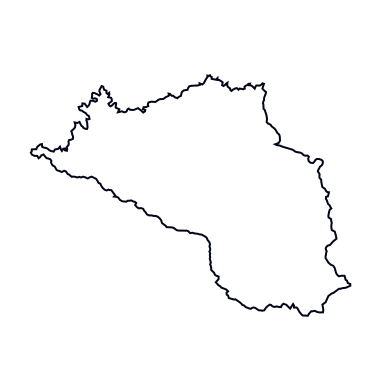 Vila Propício, Goiás, Brazil (Albers equal-area conic projection), rotated 273°
{"feature_id": "56859067B93488983181144", "entity_name": "Vila Propício", "entity_type": "district", "adm_level": 2, "iso_a3": "BRA", "parent_name": "Brazil", "parent_adm1": "Goiás", "projection": "albers", "projection_center": [-48.79, -15.215], "detail": "fine", "context": "isolated", "style": "outline", "palette": "ink", "viewbox_px": 384, "rotation_deg": 273, "n_neighbors": 0, "source": "geoboundaries", "source_scale": "gbopen_adm2", "svg_char_len": 5978}
<svg xmlns="http://www.w3.org/2000/svg" viewBox="0 0 384 384"><g transform="rotate(273 192 192)"><path d="M155.6,168.4L155.6,173.9L155.1,175.7L153.1,178.7L152.8,180.4L153.1,189.1L152.6,190.4L150.8,192.3L151.3,194.6L150.7,197.0L150.7,199.1L150.2,201.2L149.9,204.1L147.9,208.0L147.1,209.0L144.9,210.1L142.6,212.1L140.8,212.7L138.5,212.3L136.9,213.0L135.1,213.2L133.5,212.5L131.6,213.4L130.1,213.1L127.7,213.6L126.4,213.2L122.6,214.5L120.7,213.9L119.0,214.7L116.8,215.2L115.2,215.2L112.4,218.4L110.5,219.2L109.7,220.6L109.0,223.0L106.4,223.1L103.1,220.5L100.2,223.4L99.4,225.1L98.1,226.2L96.4,231.3L94.7,233.2L93.2,231.7L91.4,232.0L90.4,233.5L88.0,234.3L86.8,239.7L87.1,241.0L84.3,245.6L82.9,247.3L81.8,248.2L81.5,249.8L80.0,251.5L78.7,255.1L78.4,256.8L79.4,258.0L79.9,259.6L79.6,261.2L77.3,264.9L77.4,266.7L77.1,268.2L77.6,270.3L80.4,272.0L82.1,273.6L83.6,275.5L83.3,276.9L82.1,278.1L81.5,280.6L82.2,282.6L81.7,284.8L81.7,287.0L83.3,287.4L85.2,289.1L84.3,292.1L80.7,296.1L85.4,298.8L83.9,299.8L82.0,299.9L82.1,302.6L80.9,303.7L78.1,305.4L75.9,307.3L74.5,308.9L74.5,314.2L76.6,315.2L79.2,317.4L79.2,319.0L79.8,320.7L78.7,323.4L78.4,325.9L78.7,329.1L81.4,329.3L86.4,328.1L88.9,331.2L95.2,333.6L97.9,336.7L98.7,338.6L103.1,343.9L103.1,345.3L103.8,347.1L104.5,350.8L106.7,355.0L108.4,354.9L109.3,352.3L111.6,351.4L112.4,350.0L116.3,348.7L116.2,345.7L115.5,343.0L117.3,340.9L119.1,340.0L123.5,338.5L125.7,337.0L126.5,334.7L128.4,332.1L132.8,329.0L134.7,328.7L136.3,329.1L138.0,329.1L139.9,329.6L141.4,328.8L142.9,328.5L144.4,329.2L145.5,330.3L146.4,332.7L149.7,335.2L152.9,338.7L155.3,338.2L159.9,336.7L161.3,333.6L164.5,332.9L166.5,332.9L168.4,333.2L170.2,332.6L172.2,332.3L173.8,329.7L175.3,329.4L179.8,330.0L181.5,330.5L182.9,332.0L184.2,331.0L185.8,330.2L187.3,328.4L190.5,327.2L192.2,326.1L194.2,326.1L194.8,328.0L198.9,328.8L199.0,327.2L199.7,326.1L202.2,324.5L203.8,321.9L208.9,320.6L211.0,320.4L212.9,318.5L216.8,318.4L219.1,316.6L221.0,317.1L224.1,318.6L225.1,319.9L226.5,320.8L228.0,321.1L229.6,321.0L230.9,319.6L231.6,317.1L231.5,314.9L230.5,313.6L228.6,312.5L227.3,311.4L227.4,308.9L228.8,307.0L231.1,306.3L233.4,306.8L234.5,305.3L234.2,303.8L234.3,302.4L234.9,301.3L236.2,299.9L237.0,297.9L237.4,294.1L238.0,292.5L238.8,291.5L239.6,289.9L242.2,279.2L243.0,277.3L243.2,274.5L244.0,272.6L244.8,274.7L245.9,276.3L248.0,277.2L252.3,276.7L254.0,276.0L255.5,274.1L258.6,272.1L259.8,270.9L261.9,267.9L263.1,267.2L264.6,264.0L265.8,262.9L268.7,263.1L272.4,262.4L277.6,260.4L278.9,259.1L283.2,258.7L284.4,258.2L285.8,258.4L287.4,259.1L289.9,259.1L294.1,260.5L295.6,260.7L297.7,258.1L299.0,256.9L303.8,258.2L304.2,256.7L302.8,255.6L301.9,254.3L301.7,250.7L300.5,249.9L298.5,249.2L300.6,246.9L301.5,245.5L301.6,243.7L303.2,244.2L302.9,242.6L301.6,241.6L300.9,240.0L299.7,238.9L298.0,239.3L297.3,237.7L297.8,234.1L296.6,233.1L298.1,231.3L297.7,229.9L296.4,227.6L295.0,226.1L295.9,225.0L297.4,224.6L298.9,222.3L300.5,221.5L303.0,221.7L302.1,220.5L300.7,219.4L299.5,218.0L300.2,216.5L303.1,216.9L304.4,215.0L305.3,213.1L305.2,211.7L307.1,211.5L305.4,210.0L306.0,205.7L307.8,205.7L308.4,204.4L309.5,203.8L308.8,202.7L309.0,201.2L307.4,201.4L306.1,200.4L301.1,198.0L299.9,196.6L300.9,193.9L299.4,194.2L298.7,192.2L298.0,185.6L297.3,183.6L295.7,182.7L293.8,182.2L293.1,178.6L291.9,177.2L290.8,176.5L287.4,175.9L286.3,173.8L284.9,172.5L285.6,170.1L287.1,168.2L287.0,166.8L288.8,164.9L289.0,163.5L287.2,164.0L286.3,162.8L285.6,161.2L283.4,158.5L283.1,155.5L282.5,154.0L280.0,150.7L280.1,146.7L279.1,143.8L277.2,143.3L275.4,143.8L274.4,141.4L274.1,139.2L272.2,138.7L271.5,141.0L270.1,140.8L268.8,139.2L270.9,136.7L272.9,133.8L270.8,129.2L270.9,125.8L272.0,124.4L271.3,123.3L269.8,122.8L268.7,122.1L268.0,120.1L268.9,117.8L267.8,113.9L270.8,115.1L271.5,113.5L272.0,111.8L273.1,111.2L275.4,111.6L276.7,111.6L276.9,110.2L275.7,108.8L274.1,107.4L273.3,106.1L274.2,104.8L275.7,103.9L276.6,104.8L278.4,107.1L280.3,107.1L281.8,106.3L282.3,103.3L284.7,104.3L286.7,104.1L285.5,102.6L286.3,101.4L288.7,101.3L289.5,98.9L292.5,97.8L293.1,96.3L289.2,94.3L287.9,94.2L284.8,95.5L283.5,94.3L284.7,92.2L285.6,89.7L285.9,87.9L284.7,87.0L282.8,87.3L280.7,87.0L280.0,88.4L280.5,90.1L279.9,92.0L278.1,92.3L277.1,90.7L277.8,88.7L277.9,85.9L276.4,85.3L275.0,85.2L272.8,84.2L271.4,82.9L274.6,80.2L274.7,77.9L272.1,77.9L270.9,74.3L268.6,75.1L267.7,76.1L267.5,77.9L266.2,79.6L265.4,81.5L263.1,83.6L262.7,84.9L261.1,85.5L259.5,85.8L259.1,84.4L259.5,82.8L258.0,82.8L255.6,83.7L250.9,84.3L249.4,83.8L249.6,81.9L250.3,80.3L251.4,79.6L252.3,78.2L253.4,77.4L256.1,76.0L254.9,73.9L255.3,71.2L252.7,72.1L250.3,71.7L248.6,70.5L247.4,69.1L246.3,68.3L244.8,69.1L243.0,69.4L241.7,70.1L240.1,70.4L238.8,70.3L237.8,68.2L237.5,66.5L236.0,66.0L234.0,66.4L232.7,66.3L230.2,64.6L228.4,65.1L226.6,64.9L227.0,62.9L228.8,63.2L228.6,61.3L226.2,59.9L227.4,59.0L230.3,57.8L228.2,56.3L227.2,52.8L225.1,51.8L225.6,48.8L226.4,47.1L227.3,46.1L228.3,44.3L228.5,42.2L229.3,40.0L232.0,39.6L231.6,38.1L230.3,36.5L228.9,35.1L226.6,34.3L226.2,29.8L224.0,29.8L222.8,29.0L220.9,30.3L219.8,33.0L220.0,35.5L217.7,37.1L218.9,38.5L220.7,39.6L221.7,41.7L218.2,45.0L218.0,46.3L217.3,48.7L215.9,49.9L214.0,49.7L211.3,51.3L210.4,53.3L208.9,54.4L207.2,55.4L206.5,56.5L205.9,58.9L205.1,60.8L206.5,63.2L206.0,64.9L203.4,67.0L203.0,68.3L200.9,71.0L201.2,72.7L201.0,74.7L200.5,76.8L201.2,78.6L200.7,80.4L201.6,82.3L201.2,84.2L200.1,87.2L201.2,88.9L202.1,91.0L200.1,95.6L198.4,96.9L196.1,98.2L195.5,100.0L193.7,100.9L191.4,102.6L190.1,104.1L189.4,105.3L189.1,106.9L190.0,108.4L189.6,109.8L189.6,111.4L184.5,115.5L183.4,114.5L183.2,116.8L182.6,118.6L180.4,120.4L179.3,122.3L179.0,123.7L178.9,127.0L179.9,128.3L180.0,129.8L180.4,132.0L179.6,133.5L179.1,135.6L178.1,136.9L176.0,135.9L174.0,137.8L172.9,139.7L173.3,141.7L172.6,144.2L171.0,145.0L169.7,146.4L167.2,148.3L166.4,150.3L166.5,153.4L166.1,154.8L166.2,156.6L165.9,158.1L165.3,159.4L164.1,161.0L161.9,162.9L160.7,163.1L159.3,163.8L156.7,167.7L155.6,168.4Z" fill="none" stroke="#020617" stroke-width="2"/></g></svg>